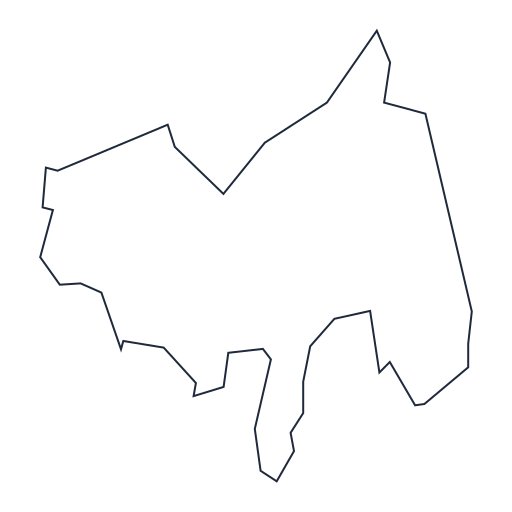 Nyirol, Jonglei, South Sudan
{"feature_id": "79223893B2194918447747", "entity_name": "Nyirol", "entity_type": "district", "adm_level": 2, "iso_a3": "SSD", "parent_name": "South Sudan", "parent_adm1": "Jonglei", "projection": "robinson", "projection_center": [32.071, 8.567], "detail": "fine", "context": "isolated", "style": "outline", "palette": "slate", "viewbox_px": 512, "rotation_deg": 0, "n_neighbors": 0, "source": "geoboundaries", "source_scale": "gbopen_adm2", "svg_char_len": 646}
<svg xmlns="http://www.w3.org/2000/svg" viewBox="0 0 512 512"><path d="M294.0,451.1L290.6,432.8L303.2,413.1L303.2,381.7L310.2,346.3L334.4,318.8L370.1,310.9L379.4,372.5L389.8,362.0L415.1,405.3L424.4,404.0L468.2,367.3L468.2,343.7L471.8,311.5L425.4,113.7L384.1,102.6L390.1,62.5L376.8,30.7L326.9,102.6L264.8,142.7L223.4,193.9L174.8,146.9L167.7,124.7L57.6,170.7L45.9,167.6L42.6,207.4L52.9,210.0L40.2,257.2L59.8,284.7L80.6,283.4L101.4,292.6L121.0,349.3L123.3,341.0L163.7,347.6L195.9,383.0L193.6,396.1L223.6,386.9L228.3,352.8L262.9,348.9L270.9,359.4L254.8,428.9L260.6,470.8L276.7,481.3L294.0,451.1Z" fill="none" stroke="#1e293b" stroke-width="2"/></svg>